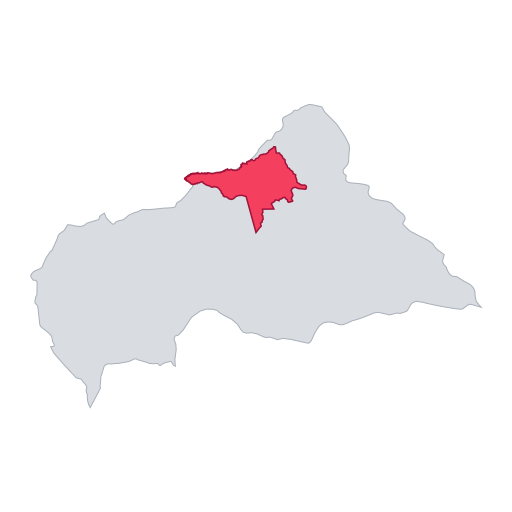 location of Ndélé, Bamingui-Bangoran, Central African Republic
{"feature_id": "33826404B83224337375675", "entity_name": "Ndélé", "entity_type": "district", "adm_level": 2, "iso_a3": "CAF", "parent_name": "Central African Republic", "parent_adm1": "Bamingui-Bangoran", "projection": "albers", "projection_center": [20.022, 8.555], "detail": "fine", "context": "in_parent", "style": "filled", "palette": "rose", "viewbox_px": 512, "rotation_deg": 0, "n_neighbors": 0, "source": "geoboundaries", "source_scale": "gbopen_adm2", "svg_char_len": 9212}
<svg xmlns="http://www.w3.org/2000/svg" viewBox="0 0 512 512"><path d="M363.3,184.2L368.4,185.5L369.3,187.0L368.0,192.2L369.0,195.4L371.9,198.1L374.8,199.2L377.6,199.8L387.3,201.4L391.3,203.2L396.7,209.1L403.4,214.5L405.1,217.4L404.8,220.0L402.9,223.3L403.2,224.6L406.3,227.7L409.9,231.0L416.4,234.5L427.6,240.1L432.8,243.8L434.5,246.7L437.5,249.8L441.5,252.6L444.2,254.8L442.5,261.1L443.0,263.1L444.1,264.9L446.4,267.3L447.4,270.5L449.8,274.4L452.6,276.2L457.2,276.8L459.7,278.5L464.8,281.6L469.7,284.2L471.9,286.1L473.2,287.7L474.3,289.7L474.9,291.6L475.1,295.8L476.1,301.1L478.8,304.6L481.3,307.3L471.2,304.4L469.7,304.3L467.9,304.9L462.8,308.8L461.1,309.3L454.5,308.6L438.5,305.9L426.2,303.2L422.5,302.2L415.9,301.3L411.6,303.3L407.6,310.1L406.4,311.4L400.1,313.5L397.0,313.0L389.7,314.9L378.2,312.3L374.1,312.9L370.9,314.3L362.8,317.5L357.8,319.2L352.0,320.9L346.5,323.4L342.8,324.7L339.2,324.7L335.9,323.4L332.3,322.2L328.0,322.0L323.6,322.8L319.8,325.5L318.3,327.4L315.0,332.5L311.2,340.8L309.7,342.5L308.3,343.3L290.4,339.3L282.7,338.4L277.5,339.7L270.9,337.4L268.1,337.0L266.7,337.7L263.1,336.7L257.2,333.9L251.5,332.7L246.4,333.1L243.3,332.2L240.8,329.5L237.6,324.4L231.8,319.4L224.0,315.4L219.1,312.4L217.1,310.4L213.0,309.3L206.5,309.1L200.3,311.0L191.5,317.3L183.2,330.0L178.6,334.9L174.9,336.2L174.0,339.2L175.8,344.1L176.2,349.8L174.9,359.4L175.3,366.3L173.4,365.2L171.5,361.9L170.6,361.3L165.2,362.7L162.3,364.0L160.8,365.3L159.7,365.5L157.9,363.7L156.6,363.4L154.4,363.7L152.2,363.7L150.8,363.4L149.9,363.6L147.3,362.5L137.9,359.8L136.3,358.9L134.5,358.9L129.6,361.2L127.0,361.9L119.2,363.3L110.9,363.9L107.7,363.9L105.5,364.9L104.1,366.4L101.4,375.2L100.8,376.7L100.8,378.9L100.1,386.0L100.4,388.3L90.2,407.6L88.6,404.4L87.6,400.6L87.2,396.2L87.5,395.0L86.8,393.7L86.0,390.2L86.9,387.9L86.2,385.5L84.3,383.1L82.6,381.3L81.6,379.6L80.7,378.9L78.8,378.6L76.2,377.8L65.3,366.2L53.9,353.2L51.7,349.0L50.7,346.6L53.6,346.3L54.3,345.9L54.3,344.8L52.6,341.5L51.9,337.3L50.5,334.7L46.0,330.7L41.8,327.6L40.4,326.1L39.7,323.9L38.2,309.9L37.6,306.0L36.2,304.2L35.3,303.4L34.9,302.4L35.1,300.0L35.7,297.8L35.7,296.9L36.9,295.0L37.1,282.1L35.7,280.3L33.2,280.2L31.8,278.3L30.7,276.0L31.1,274.3L33.6,271.7L35.2,270.7L40.1,268.7L41.5,267.7L42.4,266.5L43.0,264.7L45.9,258.2L50.2,251.6L52.0,250.3L56.4,240.6L57.4,238.1L58.1,235.7L59.5,233.7L64.2,230.4L67.7,224.7L71.5,225.1L75.3,226.0L80.3,226.5L84.2,225.5L86.8,223.2L98.8,219.5L99.7,216.4L101.6,214.8L103.9,213.4L104.6,213.2L104.8,214.2L106.1,217.5L108.8,220.7L112.8,224.2L114.0,224.0L116.5,221.4L122.8,219.8L124.3,219.0L128.8,215.2L134.2,212.7L137.3,211.9L142.8,209.4L146.6,209.7L152.8,209.3L163.1,208.2L170.6,207.8L174.3,207.3L175.3,206.8L176.7,203.1L177.9,202.1L180.7,200.5L186.2,194.9L189.8,190.1L190.9,188.4L191.6,188.1L193.2,186.1L191.6,184.1L185.5,179.8L185.6,179.3L185.3,178.5L185.6,178.0L188.0,176.3L191.1,174.3L194.5,173.6L203.2,173.8L210.7,173.4L212.5,173.4L218.3,172.5L222.3,171.6L226.4,169.5L235.7,169.7L243.4,164.6L245.6,163.7L246.6,162.9L246.9,162.1L250.5,160.0L254.5,155.8L257.7,152.0L258.6,149.3L267.3,140.1L270.3,140.3L271.8,139.2L275.2,133.1L276.3,132.0L279.9,130.9L281.6,129.1L283.1,126.4L283.1,123.1L282.4,120.5L282.4,119.2L283.2,118.0L284.6,116.8L291.2,113.5L292.9,111.9L293.9,110.5L295.7,110.2L297.7,110.4L299.0,109.5L300.5,108.0L305.0,105.9L309.3,104.4L313.7,105.0L321.8,106.9L324.3,111.3L325.4,112.8L335.5,122.9L337.5,125.3L342.5,132.7L345.6,137.7L349.1,144.9L349.5,148.8L349.1,152.2L348.5,161.7L347.6,164.5L343.2,169.7L343.1,172.0L344.0,173.9L345.3,174.7L346.2,175.6L345.7,180.0L347.3,181.8L350.6,182.9L359.0,183.6L363.3,184.2Z" fill="#d9dde1" stroke="#a8b0b8" stroke-width="1"/><path d="M252.2,159.7L251.8,159.6L251.4,159.5L251.0,159.8L250.5,160.0L250.3,160.3L250.4,160.7L250.3,160.8L250.0,161.0L249.8,161.0L249.7,160.9L249.5,161.0L249.3,161.2L249.1,161.3L248.8,161.1L248.6,161.1L248.2,161.5L247.2,161.6L246.7,162.1L246.5,162.4L246.7,162.9L246.6,163.1L246.6,163.3L246.8,163.6L246.9,163.8L246.7,163.8L246.4,163.8L246.3,163.7L246.1,163.7L245.3,163.8L244.6,163.8L244.3,163.6L244.1,163.3L243.9,163.3L243.4,163.5L243.2,163.5L242.7,163.0L242.3,163.3L242.3,163.9L242.1,164.1L242.1,164.4L241.9,164.5L241.7,164.5L241.3,164.4L241.1,164.4L241.0,164.5L241.1,165.0L241.0,165.7L241.1,165.8L241.6,166.3L241.7,166.7L241.6,166.9L240.7,166.9L240.4,167.4L240.2,167.6L239.8,167.9L239.6,168.7L239.1,169.2L238.8,169.4L238.4,169.3L238.0,169.4L236.7,170.4L236.2,170.2L235.8,170.2L235.2,170.5L234.8,170.5L234.1,170.1L233.9,170.1L233.5,170.2L233.2,170.1L232.6,170.2L232.4,170.1L231.8,169.5L231.0,169.3L230.7,169.4L230.3,169.8L229.7,169.9L229.1,170.2L228.8,170.3L228.3,170.0L228.0,169.6L227.8,169.1L227.7,169.0L227.5,168.9L227.4,169.0L227.4,169.6L227.1,169.8L226.9,169.8L226.4,169.5L226.0,169.5L225.9,169.6L225.6,170.1L225.0,170.2L224.8,170.5L224.9,171.1L224.7,171.2L224.4,170.9L224.3,170.6L224.2,170.5L223.8,170.7L223.6,171.3L223.3,171.5L222.6,171.4L222.3,171.5L222.1,171.6L221.9,172.1L221.7,172.2L220.9,172.0L220.6,172.1L220.5,172.5L220.4,172.7L220.0,172.7L219.9,172.7L219.7,172.4L219.2,172.5L218.9,172.7L218.7,172.7L218.3,172.3L218.1,172.3L217.4,172.6L216.5,172.5L216.1,172.7L215.8,173.0L215.2,172.9L214.9,173.0L214.3,173.1L213.8,173.5L213.0,173.7L212.8,173.7L212.4,173.4L212.1,173.4L211.9,173.4L211.5,173.7L211.3,173.6L210.9,173.3L209.1,173.2L208.8,172.8L208.6,172.9L208.5,173.0L208.3,173.1L208.2,173.4L208.2,173.2L207.9,172.9L207.6,172.8L207.4,173.0L207.5,173.3L207.2,173.5L206.9,173.4L206.9,173.1L206.6,173.2L206.7,173.5L206.3,173.4L206.2,173.6L206.0,173.8L205.9,173.7L206.0,173.6L206.0,173.4L206.1,173.1L205.9,173.0L205.3,173.3L205.2,173.5L205.3,173.6L205.3,173.8L205.0,173.9L204.8,173.8L205.0,173.5L204.7,173.2L204.5,173.5L204.4,173.4L204.0,173.5L203.9,173.3L203.5,173.3L203.2,173.2L203.0,173.4L203.0,173.6L202.9,173.7L202.5,173.4L202.4,173.3L202.2,173.3L201.9,173.1L201.8,173.4L201.6,173.6L201.3,173.6L201.1,173.4L200.9,173.6L200.3,173.6L200.0,173.8L199.5,173.5L199.4,173.6L199.2,173.7L198.9,173.6L198.5,173.6L198.4,173.5L198.4,173.1L197.7,173.1L197.4,173.0L197.1,173.2L197.2,172.9L196.8,173.1L196.6,173.0L196.3,173.1L196.5,173.3L196.0,173.2L195.8,173.3L195.6,173.2L195.4,173.2L195.2,173.3L195.2,173.5L194.9,173.4L194.8,173.5L194.5,173.8L194.4,173.7L194.1,173.6L193.9,173.7L193.8,173.3L193.7,173.3L193.6,173.6L193.4,173.8L193.5,173.9L193.3,173.9L192.4,173.7L192.5,173.6L192.4,173.5L192.3,173.4L192.0,173.6L192.0,173.9L191.9,174.0L191.6,173.8L191.3,173.7L191.2,173.7L191.3,174.1L190.8,174.7L190.7,174.7L190.6,174.4L190.4,174.3L190.2,174.4L190.0,174.5L190.3,174.7L190.3,174.8L190.1,175.0L189.8,175.3L189.7,175.1L189.4,175.2L189.1,175.1L188.9,175.2L188.9,175.7L188.8,175.9L188.9,176.1L188.7,176.2L188.3,175.9L188.1,175.5L187.8,175.7L188.0,176.3L187.8,176.5L187.6,176.5L187.4,176.4L187.1,176.6L186.8,176.6L186.8,177.0L186.7,177.0L186.6,176.8L186.4,176.8L186.3,177.2L186.1,177.4L186.1,177.6L185.7,177.5L185.4,177.6L185.4,178.0L185.1,178.2L184.7,178.3L184.8,178.9L184.7,179.1L184.8,179.2L185.2,179.5L185.3,179.3L185.6,179.2L185.9,179.1L186.1,179.2L186.3,179.3L186.2,180.4L186.3,180.7L186.4,180.8L186.8,180.9L187.2,180.6L187.7,180.7L187.9,181.0L188.0,181.3L188.1,181.5L188.6,181.9L189.9,182.4L190.0,182.6L190.0,182.8L190.2,183.1L190.6,183.5L190.8,183.7L191.1,183.8L191.6,184.1L192.2,184.1L192.4,184.2L192.7,184.5L194.0,184.1L194.8,184.2L194.9,183.7L195.8,183.7L196.4,183.2L197.2,183.6L197.5,183.0L198.4,182.8L199.3,182.9L201.0,181.9L202.7,181.9L203.4,183.3L205.2,184.1L206.1,184.9L208.5,185.7L209.3,185.7L210.1,186.2L211.2,187.0L212.0,187.2L213.4,187.0L213.6,186.8L214.1,186.5L214.3,186.7L214.9,186.9L216.1,186.9L216.7,187.2L217.0,187.1L217.9,187.9L218.5,188.1L221.0,191.2L221.4,192.8L223.3,194.9L223.2,195.9L223.9,196.2L224.3,196.7L225.5,196.8L226.7,196.8L227.5,197.6L228.5,198.5L229.5,199.0L231.7,199.4L233.7,198.6L236.0,196.4L238.3,195.6L241.9,195.3L246.1,196.5L256.0,232.5L259.7,227.6L260.9,226.6L261.2,225.9L260.6,224.3L260.5,223.3L262.0,222.2L262.3,220.3L263.1,219.4L262.8,215.8L261.9,214.8L262.0,213.9L262.9,212.2L262.5,209.2L273.9,209.0L271.3,203.7L272.0,203.0L274.4,201.6L274.9,201.1L274.9,200.2L276.4,200.0L277.6,200.3L279.0,200.8L279.6,199.3L281.4,198.9L283.0,197.8L284.0,197.3L284.9,197.3L285.2,198.1L286.0,199.0L287.3,199.8L287.8,201.7L288.7,202.3L292.5,201.3L292.7,200.8L292.1,200.0L291.6,199.1L291.5,198.2L292.8,195.6L292.7,194.2L291.8,192.2L291.1,190.5L292.0,188.9L292.7,188.0L295.6,187.2L297.1,188.1L298.5,188.6L305.6,189.2L306.3,188.2L306.4,186.7L306.1,186.0L305.5,185.4L304.2,185.0L302.3,185.2L300.0,184.3L299.3,183.6L298.0,183.0L297.0,182.4L296.5,179.1L295.7,177.3L295.5,176.1L295.7,174.9L293.2,173.5L292.8,171.7L291.6,170.7L290.5,170.2L289.4,168.5L287.6,167.6L287.1,165.6L286.0,163.8L285.4,163.3L284.9,159.6L282.8,158.0L282.3,156.2L281.2,155.1L280.2,154.3L279.5,153.1L278.6,152.9L277.6,153.1L276.6,153.2L276.3,152.9L276.1,152.2L276.1,151.1L275.6,149.6L275.5,148.8L275.7,148.1L275.4,146.9L273.8,146.7L273.3,147.6L272.8,148.2L270.4,149.5L270.0,150.1L268.8,150.8L268.4,152.2L267.3,153.1L266.3,153.7L265.1,154.2L263.8,154.0L263.2,154.4L262.0,154.5L261.0,154.8L259.6,155.6L258.6,157.5L257.7,158.3L256.5,158.4L255.7,158.9L255.2,159.8L254.8,160.4L254.3,160.7L252.7,160.4L252.2,159.7Z" fill="#f43f5e" stroke="#9f1239" stroke-width="1.5"/></svg>